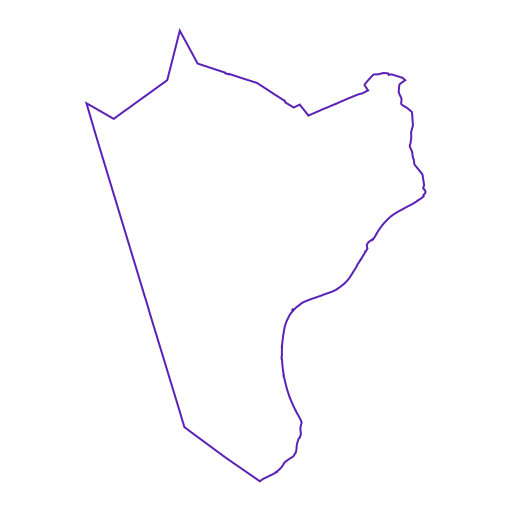 outline of Nederweert, Limburg, Netherlands, rotated 270°
{"feature_id": "6326949B42914806885900", "entity_name": "Nederweert", "entity_type": "district", "adm_level": 2, "iso_a3": "NLD", "parent_name": "Netherlands", "parent_adm1": "Limburg", "projection": "orthographic", "projection_center": [5.78, 51.292], "detail": "fine", "context": "isolated", "style": "outline", "palette": "violet", "viewbox_px": 512, "rotation_deg": 270, "n_neighbors": 0, "source": "geoboundaries", "source_scale": "gbopen_adm2", "svg_char_len": 5723}
<svg xmlns="http://www.w3.org/2000/svg" viewBox="0 0 512 512"><g transform="rotate(270 256 256)"><path d="M316.3,114.2L223.4,142.4L219.3,143.6L205.1,148.0L201.1,149.1L185.5,153.8L177.8,156.2L171.7,158.0L166.3,159.7L146.0,165.9L99.6,180.0L91.8,182.3L84.9,184.4L83.4,186.5L81.4,189.0L54.1,226.0L30.7,259.9L31.4,260.7L32.2,261.8L33.0,262.9L33.6,264.2L38.0,273.3L38.7,274.5L39.4,275.7L39.8,276.5L40.1,276.2L40.2,276.4L40.3,276.7L41.2,277.8L42.1,278.9L43.1,279.9L44.1,280.9L45.2,281.8L46.3,282.6L47.5,283.3L48.3,283.7L48.3,283.8L48.6,284.0L49.8,284.9L50.5,285.7L52.1,287.9L52.9,289.1L54.4,291.4L55.1,292.6L55.6,293.3L59.4,295.7L60.6,296.1L61.9,296.3L63.2,296.5L66.0,296.7L67.4,296.9L68.8,297.2L70.3,297.7L71.7,298.1L73.1,298.5L73.5,298.8L73.8,299.1L73.9,299.3L73.9,299.5L74.9,299.9L76.0,300.3L76.6,300.6L77.6,300.8L78.9,300.8L80.3,300.7L81.7,300.5L83.1,300.4L83.9,300.4L84.6,300.5L86.4,300.9L86.8,300.9L89.5,301.7L90.7,301.2L92.0,300.7L93.2,300.1L94.4,299.5L98.0,297.5L99.2,296.8L102.9,294.9L104.8,294.0L108.0,292.5L109.2,292.0L112.5,290.6L114.2,289.8L114.3,289.9L117.0,288.9L121.0,287.6L123.6,286.8L126.3,286.1L128.0,285.7L130.3,285.1L134.8,284.1L134.9,283.8L136.8,283.5L136.9,283.8L139.2,283.4L140.8,283.1L143.3,282.8L147.0,282.4L149.5,282.2L152.8,282.0L153.3,281.5L153.7,281.7L155.7,281.6L156.1,281.9L157.8,281.9L160.5,281.9L164.3,282.0L164.4,281.8L166.1,281.9L166.1,282.1L170.3,282.4L174.5,282.9L178.6,283.5L181.3,284.0L184.1,284.5L185.4,284.8L186.8,285.2L188.1,285.6L189.4,286.1L190.8,286.6L192.0,287.2L193.3,287.8L197.1,289.7L198.3,290.6L199.4,291.4L200.5,292.3L201.4,293.2L202.1,292.6L202.2,292.4L202.8,293.0L202.2,293.9L204.3,295.9L205.4,297.2L205.7,297.7L206.3,298.5L206.4,298.8L206.7,299.0L208.3,301.0L209.1,302.2L209.5,302.8L210.7,305.4L212.0,308.7L213.4,312.5L214.3,315.2L215.2,317.8L215.9,319.8L216.5,321.6L216.7,322.1L217.1,322.9L219.8,330.6L220.2,331.7L220.6,332.6L221.1,333.8L221.6,334.8L222.9,337.2L223.1,337.2L224.3,339.1L225.3,340.4L226.8,342.4L227.6,343.2L227.7,343.6L229.4,345.3L229.9,345.9L231.2,347.1L233.0,348.5L234.2,349.5L235.4,350.3L237.8,351.8L244.8,356.2L245.9,356.8L248.2,357.8L248.9,358.5L252.9,360.9L252.8,361.1L258.0,364.1L260.7,365.8L260.8,365.6L261.2,366.1L261.5,366.3L262.0,366.6L262.3,366.8L263.6,367.4L264.1,367.2L267.2,366.8L269.9,368.5L272.7,372.4L272.3,372.5L272.2,372.5L272.6,373.1L273.1,373.5L273.4,373.7L276.4,375.5L277.7,376.3L277.9,376.3L282.0,378.8L284.6,380.7L285.6,381.4L287.3,382.7L289.5,384.6L290.6,385.7L291.4,386.5L292.8,387.9L293.9,388.9L295.5,390.8L297.4,393.3L299.2,396.2L300.9,399.0L301.7,400.6L302.4,401.9L304.4,405.5L304.6,405.9L305.5,407.5L307.2,411.0L308.0,412.4L308.5,413.2L311.1,417.4L311.3,417.7L311.5,417.6L312.2,419.0L313.2,420.5L314.0,421.6L315.2,423.1L315.6,423.6L316.1,423.4L316.6,423.4L317.0,423.5L317.3,423.7L318.1,424.6L318.4,424.8L318.8,425.1L319.2,425.3L319.6,425.4L320.1,425.5L320.5,425.4L321.0,425.3L321.5,425.0L322.5,424.2L322.5,424.3L323.9,423.1L325.3,423.7L325.7,423.8L326.3,424.0L327.0,424.1L327.3,424.1L328.4,423.9L337.2,422.5L337.5,422.4L338.2,422.1L339.6,420.9L346.8,415.0L347.0,414.8L347.5,414.5L348.2,414.3L349.8,414.1L352.5,413.8L352.6,413.6L353.0,413.5L353.2,413.4L353.7,413.2L354.2,413.1L354.8,412.8L359.8,412.2L360.1,412.2L361.4,411.6L365.1,409.9L365.6,409.8L366.2,409.8L366.7,409.8L368.6,410.5L369.0,410.6L369.5,410.6L370.2,410.7L372.3,411.0L375.2,411.3L375.9,411.3L379.0,411.1L379.6,411.2L380.1,411.2L381.7,411.6L386.0,412.8L386.5,412.9L387.0,412.9L387.4,412.9L393.9,412.4L394.5,412.4L396.5,412.3L398.3,412.1L399.2,412.0L399.4,412.0L399.7,411.9L400.1,411.7L400.3,411.5L400.5,411.3L401.2,410.5L404.0,407.2L404.3,406.7L404.8,406.0L405.1,405.3L405.3,405.0L406.2,403.5L406.8,402.4L407.1,402.0L407.3,401.8L407.4,401.7L407.7,401.5L408.1,401.3L408.4,401.2L408.8,401.2L409.5,401.2L411.6,401.5L412.2,401.5L412.9,401.5L413.2,401.5L413.7,401.3L414.0,401.2L418.0,399.4L418.9,399.0L419.4,398.8L419.6,398.8L420.0,398.8L420.5,398.7L425.7,399.2L426.8,399.3L427.1,399.4L427.3,399.5L427.7,399.7L428.1,400.0L428.4,400.4L428.9,401.1L431.8,405.2L434.5,402.1L434.5,401.7L434.5,401.3L434.6,401.1L434.7,400.7L435.1,399.7L435.7,397.8L435.8,397.5L435.8,397.3L436.5,395.2L436.6,394.8L437.1,393.2L437.5,391.9L437.6,391.6L437.6,391.1L437.6,390.8L437.3,389.5L437.1,388.7L438.5,388.2L438.7,387.4L438.6,386.9L438.7,386.7L438.8,386.4L438.9,386.1L438.9,385.4L438.9,384.6L438.9,383.5L439.0,383.5L438.9,382.9L437.9,379.0L437.9,378.8L437.7,378.2L437.6,377.2L437.7,375.7L437.6,374.8L437.5,373.8L437.2,373.3L436.8,372.9L436.1,372.1L435.8,371.8L434.2,370.4L433.9,370.1L433.1,369.5L433.1,369.4L430.0,366.6L429.2,366.1L428.1,365.0L427.7,364.8L427.6,364.7L427.3,364.6L427.1,364.6L426.8,364.6L426.5,364.8L422.1,367.7L422.0,367.8L421.9,367.7L421.9,367.8L421.6,368.1L420.8,366.5L419.7,364.4L418.5,362.0L418.4,361.7L418.3,361.2L418.2,360.3L418.0,359.6L417.4,357.8L417.2,357.3L416.5,355.4L414.5,350.6L412.9,346.7L410.2,340.4L408.5,336.8L408.5,336.7L407.9,335.5L408.0,335.4L406.3,331.3L405.1,328.6L404.1,326.2L403.5,324.6L402.5,322.2L401.9,320.9L401.0,318.9L400.9,318.6L398.5,313.2L398.4,312.9L396.6,308.8L396.8,308.6L396.6,308.2L396.9,308.1L397.2,307.9L407.4,299.7L404.7,294.2L404.5,293.7L409.7,285.1L411.1,284.9L413.1,281.6L416.3,276.6L416.5,276.3L416.5,276.2L418.8,272.7L419.0,272.5L429.0,257.1L429.1,256.8L431.6,249.1L431.7,248.7L432.5,246.2L433.6,242.7L434.5,240.0L438.0,229.4L438.1,228.7L437.6,228.6L438.7,225.3L439.2,225.4L439.4,225.1L442.8,214.6L443.0,214.1L448.4,197.7L448.7,197.4L450.4,196.6L465.9,188.2L481.3,179.8L445.4,170.7L439.2,169.1L434.8,168.0L434.4,167.9L431.8,167.2L431.7,167.1L417.4,147.3L411.7,139.3L404.7,129.7L404.4,129.3L401.0,124.5L395.4,116.8L393.1,113.8L405.6,92.1L408.7,86.5L377.6,95.6L316.3,114.2Z" fill="none" stroke="#5b21b6" stroke-width="2"/></g></svg>